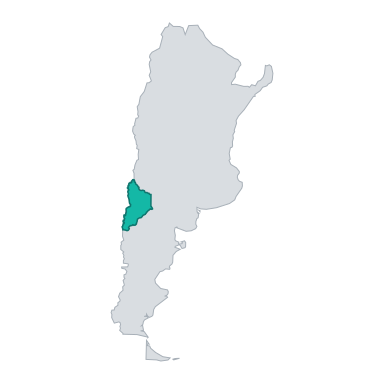 location of Neuquén within Argentina
{"feature_id": "ARG-1276", "entity_name": "Neuquén", "entity_type": "Province", "adm_level": 1, "iso_a3": "ARG", "parent_name": "Argentina", "parent_adm1": "", "projection": "equal_earth", "projection_center": [-70.544, -38.612], "detail": "fine", "context": "in_parent", "style": "filled", "palette": "teal", "viewbox_px": 384, "rotation_deg": 0, "n_neighbors": 0, "source": "natural_earth", "source_scale": "10m", "svg_char_len": 8483}
<svg xmlns="http://www.w3.org/2000/svg" viewBox="0 0 384 384"><path d="M238.5,116.1L236.1,120.5L236.5,123.4L234.2,130.3L234.7,131.6L232.9,134.9L233.3,138.4L232.4,141.8L232.6,146.0L231.9,147.3L230.4,147.7L229.2,153.5L230.2,159.2L229.0,160.3L230.8,164.4L236.5,167.9L239.3,171.5L239.3,173.0L237.6,175.3L237.3,177.2L238.1,179.7L239.5,181.3L242.2,182.3L242.4,185.9L241.8,188.2L236.1,196.4L234.7,199.9L229.5,203.5L216.5,207.7L206.4,209.3L200.7,208.9L196.9,207.3L197.1,211.8L198.9,213.2L197.9,213.2L198.7,214.0L198.1,217.8L196.9,218.5L195.9,221.5L195.8,224.2L196.9,226.4L195.7,228.6L191.2,230.8L186.1,231.3L176.8,227.8L177.2,227.2L176.7,227.0L175.1,227.7L174.4,230.7L175.3,235.3L174.9,239.4L175.4,240.7L178.8,242.2L178.5,243.8L179.6,244.0L182.1,243.6L182.4,242.3L181.1,241.9L184.5,240.8L185.7,242.5L185.6,246.6L185.0,247.7L182.4,248.4L181.7,248.2L180.3,245.4L179.1,244.8L175.3,246.3L174.9,247.2L180.2,249.3L176.2,251.5L173.0,255.3L172.7,262.2L171.9,264.1L169.7,265.9L169.3,267.2L170.0,268.0L169.7,269.3L165.6,268.9L162.6,271.0L159.9,271.7L154.8,279.4L155.5,283.1L160.7,288.5L167.5,289.9L168.3,291.7L168.0,293.8L167.1,295.0L164.6,296.2L166.7,296.2L167.6,297.3L155.3,306.7L153.7,309.5L152.9,315.1L151.9,316.3L149.4,317.4L147.8,316.2L146.5,314.1L146.5,315.8L144.2,316.4L147.0,316.5L148.2,317.9L144.5,319.9L143.4,321.7L142.9,324.3L141.4,325.8L142.6,325.5L143.5,330.4L140.6,330.8L144.2,331.6L148.2,337.2L147.8,337.7L147.7,337.1L137.1,334.6L122.9,334.2L123.0,333.4L119.7,330.4L120.5,328.2L119.9,326.4L120.6,324.7L120.1,322.6L118.9,321.9L114.3,323.1L111.7,317.6L111.9,314.5L111.1,312.6L111.9,310.1L114.2,310.0L114.9,307.3L117.9,305.3L117.9,302.7L119.8,301.3L120.2,300.0L118.5,296.7L119.8,293.1L123.0,290.3L122.7,286.8L124.4,285.1L123.1,280.4L124.9,278.4L124.0,277.3L124.0,274.8L125.8,274.2L126.9,271.4L125.1,269.0L121.8,268.3L121.6,267.0L127.6,266.9L128.4,264.9L128.0,263.8L123.4,263.2L123.4,260.5L124.4,258.8L123.5,257.0L123.9,255.4L122.7,253.1L123.8,252.0L120.8,249.5L120.8,245.4L121.5,244.4L121.1,242.2L123.8,240.1L122.5,236.2L122.8,228.6L122.3,226.5L124.0,223.4L123.1,221.3L124.4,219.7L123.9,215.8L125.3,215.5L126.3,208.7L129.8,206.6L130.5,205.3L128.1,196.6L128.3,193.3L127.8,191.8L128.5,189.9L127.9,187.0L128.9,183.7L131.4,182.3L131.6,181.2L134.1,178.9L134.0,173.2L132.9,170.3L134.2,169.3L135.0,164.9L136.9,160.3L138.5,159.5L138.2,154.3L138.8,149.5L136.7,148.6L137.2,145.2L136.4,144.4L136.0,140.8L134.6,137.6L134.5,136.2L135.3,135.3L133.7,134.0L132.6,131.1L132.9,128.4L133.2,126.6L134.9,125.2L134.6,123.9L136.0,118.3L137.8,118.0L138.7,116.0L137.7,114.9L138.0,111.6L137.2,106.7L138.9,104.3L140.3,96.7L144.3,91.4L147.0,82.9L149.1,82.7L151.4,80.9L149.2,75.3L150.7,71.8L149.2,64.4L149.7,61.6L151.0,60.0L149.5,57.1L150.0,54.8L152.1,52.2L159.6,48.2L162.7,36.6L161.1,34.5L165.2,27.7L168.2,26.6L169.4,23.0L173.2,26.4L179.7,26.5L183.0,27.9L185.2,34.6L188.7,25.6L197.8,25.2L199.6,28.6L203.0,32.2L205.3,37.2L212.6,45.0L222.0,48.8L227.8,54.1L234.5,58.5L237.8,59.5L240.4,62.6L240.9,64.9L239.3,66.7L238.0,70.2L236.1,72.1L235.3,74.3L235.3,77.1L231.5,82.6L231.6,84.6L235.2,84.2L243.8,86.4L248.0,86.3L249.4,87.3L251.7,84.7L255.4,85.8L258.0,81.3L260.4,80.4L263.1,77.3L264.5,73.5L265.4,65.4L266.8,65.9L269.3,64.8L271.4,66.4L272.9,73.3L272.2,79.9L271.1,82.5L268.3,84.0L266.8,85.9L262.6,87.3L260.2,90.7L254.9,94.4L255.1,96.4L253.5,96.3L244.2,109.7L238.5,116.1ZM146.0,359.4L146.5,340.3L149.1,344.1L147.8,343.8L147.4,345.6L149.7,346.0L150.7,348.3L155.6,352.5L162.8,356.7L170.1,357.9L168.0,360.0L160.8,361.0L156.6,359.9L146.0,359.4ZM172.9,359.2L175.2,358.5L179.5,358.3L173.7,359.9L172.9,359.2ZM200.1,210.7L200.0,211.7L198.7,210.2L200.1,210.7Z" fill="#d9dde1" stroke="#a8b0b8" stroke-width="1"/><path d="M133.3,179.9L133.6,179.9L133.8,179.7L134.2,179.9L134.3,180.0L134.4,180.3L134.5,180.4L134.5,180.7L134.4,180.9L134.4,181.0L134.3,181.3L134.3,181.6L134.4,181.9L134.5,182.1L134.8,182.2L135.0,182.0L135.3,182.3L135.5,183.0L135.7,183.8L135.9,184.2L136.0,184.3L136.7,184.6L137.0,185.0L137.4,185.4L137.6,185.6L137.7,185.8L137.8,186.0L137.9,186.4L137.9,186.5L138.0,186.5L138.3,186.8L138.5,186.9L138.7,187.0L138.8,187.1L138.9,187.3L138.9,187.7L139.0,187.8L139.0,188.1L138.9,188.3L138.7,188.5L138.8,188.8L139.3,189.6L139.6,189.8L140.2,190.3L140.6,190.4L141.0,190.5L141.4,190.5L142.8,190.2L143.1,190.3L143.6,190.5L143.9,190.6L144.3,190.7L144.4,190.8L144.6,191.1L144.8,191.9L145.0,192.3L145.2,192.5L145.6,192.6L146.0,192.6L147.0,192.5L147.5,193.0L148.0,193.1L148.3,193.3L148.8,193.3L149.0,193.3L149.1,193.5L149.3,194.0L149.5,194.2L149.6,194.3L151.0,194.5L150.9,205.8L150.9,206.1L151.1,206.2L151.4,206.7L152.4,208.3L152.5,208.6L152.5,208.8L152.5,209.0L151.9,209.3L151.6,209.3L151.2,209.2L150.9,209.3L150.5,209.2L150.4,209.0L150.3,208.9L150.0,209.2L149.8,209.3L149.6,209.4L149.1,210.1L148.8,210.2L148.6,210.3L148.3,210.4L148.1,210.7L147.9,210.9L147.6,211.4L147.5,211.5L147.4,211.6L146.9,211.9L146.8,212.2L146.5,212.3L146.5,212.5L146.3,213.0L145.8,213.4L145.8,213.5L145.7,213.6L145.4,214.1L145.3,214.3L144.8,214.5L144.6,214.7L144.3,214.7L144.1,214.7L143.9,214.8L143.5,215.1L143.3,215.2L143.1,215.3L142.9,215.4L142.8,215.6L142.6,215.9L142.5,216.0L142.1,216.7L142.0,216.8L141.7,217.0L141.1,217.6L140.9,217.7L140.8,217.8L140.0,217.7L139.8,217.7L139.7,217.7L137.8,218.9L137.6,219.0L137.5,219.3L137.4,219.5L137.3,219.9L137.3,220.1L137.2,220.7L137.1,221.1L137.1,221.4L137.1,221.5L136.9,222.0L136.6,222.8L136.5,223.0L136.5,223.5L136.5,223.8L136.4,224.0L136.1,224.3L135.9,224.2L135.8,224.3L135.7,224.4L135.6,224.8L135.5,225.0L135.3,225.1L134.7,225.1L134.1,225.3L133.7,225.3L133.5,225.1L133.4,224.9L133.2,224.8L133.0,224.7L132.9,224.8L132.7,224.8L132.4,225.2L132.2,225.4L131.9,225.5L131.6,225.6L131.4,225.6L131.0,225.5L130.9,225.5L130.6,225.7L130.5,225.8L130.3,225.8L130.1,225.8L129.7,226.0L129.5,226.3L129.4,226.4L129.4,226.6L129.2,226.7L129.0,226.8L128.9,226.9L128.7,227.1L128.6,227.3L128.5,227.5L128.6,227.9L128.7,228.0L128.9,228.1L129.0,228.2L129.1,228.3L129.2,228.5L129.3,228.7L129.2,228.9L129.1,229.1L129.0,229.3L128.6,229.8L128.5,230.0L128.4,230.1L128.0,230.4L127.8,230.5L127.4,230.6L127.2,230.6L126.7,230.6L125.2,230.0L125.0,229.9L124.4,230.0L123.9,229.8L122.8,229.8L122.8,229.6L122.9,229.2L122.9,228.8L122.8,228.6L122.5,228.1L122.4,227.9L122.1,226.8L122.2,226.7L122.7,226.1L122.9,225.8L122.9,225.4L122.8,225.2L123.0,224.8L123.3,223.9L123.3,223.7L123.7,223.8L123.8,223.8L123.9,223.7L124.2,223.0L124.3,222.8L124.2,222.6L124.1,222.4L123.9,222.4L123.9,222.5L123.7,222.5L123.5,222.2L123.3,222.0L123.2,221.8L123.1,221.7L123.2,221.4L123.2,221.2L123.2,220.9L123.3,220.7L123.2,220.5L123.3,220.3L123.5,220.3L123.9,220.5L124.2,220.5L124.3,220.1L124.2,219.7L124.3,219.5L124.6,218.8L124.7,218.6L124.5,218.3L124.3,218.1L124.2,218.0L124.2,217.8L124.1,217.6L124.1,217.4L123.9,217.0L123.9,216.7L124.0,216.6L124.0,216.4L124.1,216.2L123.9,215.9L123.9,215.7L124.0,215.3L124.1,215.1L124.5,215.5L124.8,215.7L125.0,215.6L125.3,215.6L125.5,215.5L125.6,215.1L125.2,214.8L125.4,214.5L125.6,214.3L125.7,214.0L125.8,213.9L125.7,213.4L125.7,213.2L125.9,213.1L126.0,213.0L126.2,212.8L126.2,212.6L126.3,211.7L126.2,210.4L126.1,209.6L126.1,209.3L126.2,208.7L126.3,208.4L126.5,208.2L127.3,207.8L127.5,207.6L127.6,207.4L128.2,207.3L128.4,207.2L128.8,206.8L129.1,206.7L129.4,206.7L129.7,206.8L129.9,206.7L130.0,206.6L130.1,206.4L130.4,206.2L130.3,205.9L130.3,205.7L130.6,205.2L130.7,204.9L130.6,204.5L130.4,204.2L130.1,204.0L129.8,203.8L129.6,203.4L129.3,201.8L129.3,201.5L129.3,201.1L129.3,200.8L129.2,200.3L129.2,200.1L129.3,199.9L129.3,199.7L129.1,199.4L129.0,199.0L128.9,198.8L128.7,198.4L128.7,198.0L128.4,197.4L128.0,196.0L127.9,195.5L127.9,195.3L128.0,195.2L128.2,194.9L128.4,194.8L128.4,194.7L128.3,194.4L128.3,194.1L128.5,193.7L128.4,193.3L128.3,193.1L128.1,192.7L127.9,192.2L127.8,191.7L128.2,191.1L128.2,190.9L128.3,190.7L128.2,190.5L128.2,190.3L128.3,190.1L128.4,189.9L128.7,189.8L128.4,189.5L128.3,189.3L128.2,188.8L128.2,188.7L127.9,188.5L127.8,188.4L128.0,188.4L128.3,188.3L128.3,188.2L128.1,187.9L128.1,187.6L128.1,187.3L127.9,187.2L128.0,186.7L128.2,186.2L128.2,185.6L128.2,185.4L128.4,185.3L128.5,185.3L128.8,185.5L128.9,185.4L128.8,184.5L128.8,184.2L128.9,183.7L129.0,183.3L129.3,183.2L129.5,183.3L129.8,183.3L129.9,183.2L130.0,183.0L130.0,182.6L130.2,182.4L130.4,182.5L130.7,182.6L130.9,182.8L131.6,182.6L131.7,182.2L131.5,181.9L131.5,181.7L131.6,181.4L131.6,181.1L131.9,180.9L132.1,180.8L132.3,180.4L132.5,180.3L132.5,180.2L132.6,179.8L132.7,179.7L132.8,179.7L133.0,179.7L133.3,179.9Z" fill="#14b8a6" stroke="#0f766e" stroke-width="1.5"/></svg>